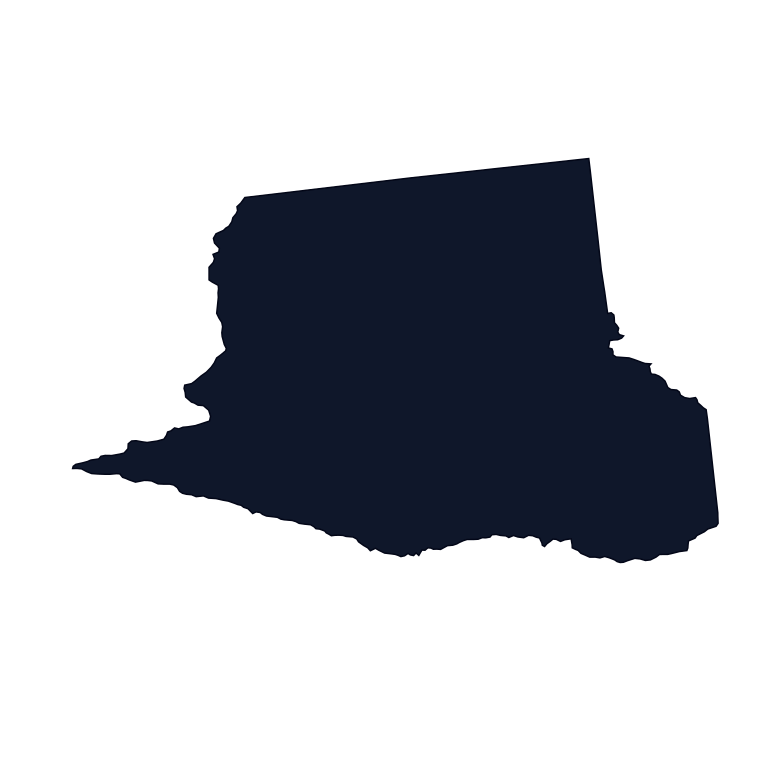 Parecis, Rondônia, Brazil, rotated 84°
{"feature_id": "56859067B9929029534731", "entity_name": "Parecis", "entity_type": "district", "adm_level": 2, "iso_a3": "BRA", "parent_name": "Brazil", "parent_adm1": "Rondônia", "projection": "equal_earth", "projection_center": [-61.327, -12.313], "detail": "fine", "context": "isolated", "style": "filled", "palette": "ink", "viewbox_px": 768, "rotation_deg": 84, "n_neighbors": 0, "source": "geoboundaries", "source_scale": "gbopen_adm2", "svg_char_len": 3829}
<svg xmlns="http://www.w3.org/2000/svg" viewBox="0 0 768 768"><g transform="rotate(84 384 384)"><path d="M547.0,65.5L452.2,66.0L443.2,66.3L441.0,69.0L438.3,71.3L435.5,73.9L432.3,74.4L430.1,75.6L430.4,81.5L429.0,86.4L426.1,90.3L422.7,91.2L420.6,93.5L419.5,99.2L417.2,102.1L410.5,104.2L407.3,106.9L404.9,109.7L402.8,113.5L402.1,117.1L399.4,117.9L396.7,117.9L393.9,118.6L391.9,116.4L390.9,122.2L389.7,124.9L387.2,129.9L385.7,133.0L383.7,137.5L382.4,144.8L381.4,150.4L378.9,153.3L375.8,152.9L372.9,153.6L371.6,157.1L368.4,156.1L364.5,155.0L364.2,151.2L364.4,146.9L363.2,142.9L361.2,140.7L359.5,144.8L356.8,146.1L353.0,144.8L350.1,146.3L347.1,148.4L342.1,148.1L339.4,148.2L336.9,150.6L337.2,154.2L315.5,154.9L310.0,155.2L293.2,156.0L262.3,156.1L194.2,156.6L181.2,156.8L181.5,246.9L181.8,334.4L184.0,502.9L189.2,507.6L192.3,511.7L196.3,511.5L199.2,513.2L202.8,516.9L206.8,518.4L211.0,521.9L212.4,525.0L214.5,527.6L217.0,535.3L221.3,538.4L226.1,537.8L231.8,533.5L235.5,534.5L237.2,540.5L241.7,539.4L245.2,541.0L249.6,545.8L252.8,546.1L262.2,547.1L264.8,544.0L266.5,541.5L268.5,538.6L272.0,538.6L276.0,539.5L280.5,539.7L290.1,541.7L296.2,543.0L301.2,541.2L305.8,538.9L310.1,538.5L316.0,539.9L319.8,540.0L328.0,538.7L332.1,537.1L334.5,538.0L338.3,543.7L340.6,547.7L345.3,550.6L349.4,554.2L353.7,559.4L356.9,565.1L361.5,571.8L363.5,575.3L364.3,582.3L367.5,583.3L371.5,582.6L376.2,582.6L381.8,577.4L383.1,574.6L385.6,571.2L386.6,565.9L391.7,561.1L398.0,559.8L402.6,561.4L405.7,575.9L406.1,583.7L406.0,588.5L407.2,592.8L405.8,596.9L408.4,600.9L409.1,604.2L412.3,605.7L415.9,608.7L417.0,615.5L417.2,620.5L417.4,625.7L416.3,630.3L414.5,636.5L414.3,640.9L416.7,644.6L421.6,645.4L425.5,649.7L426.1,654.0L426.4,658.0L426.7,662.2L425.9,668.8L426.3,673.0L428.7,675.5L429.0,683.5L430.1,686.9L430.9,691.8L431.7,698.9L433.4,701.7L435.5,702.5L435.9,698.0L436.8,693.6L440.0,688.9L442.5,684.1L443.6,677.8L444.5,671.5L445.1,665.8L445.2,659.4L445.7,656.2L449.5,653.7L450.9,650.6L452.8,647.3L455.6,641.4L455.3,638.0L454.8,632.6L455.2,629.3L456.1,625.2L459.7,619.1L460.6,613.2L461.2,607.5L462.4,603.8L465.5,600.3L469.4,598.5L471.6,595.8L473.0,592.0L474.0,586.9L476.4,582.6L476.4,575.3L479.1,570.5L479.6,567.6L480.4,563.0L482.7,556.2L484.2,551.0L487.2,544.7L488.6,542.0L489.7,538.7L491.9,536.5L493.8,532.3L499.1,528.1L497.8,524.6L498.9,520.5L500.9,518.5L503.0,514.7L505.4,504.0L507.6,500.7L508.6,497.4L510.1,489.6L511.7,485.9L513.7,483.0L515.0,477.9L516.3,471.7L518.6,468.6L520.8,466.8L521.6,463.1L524.0,458.3L526.0,457.0L527.5,454.7L529.4,452.2L529.3,449.1L529.6,444.8L530.3,440.6L531.6,437.7L532.9,430.9L535.3,427.3L538.3,425.8L542.4,421.2L545.2,417.3L548.4,415.0L546.5,409.7L548.8,406.5L552.2,401.1L553.6,394.8L554.6,390.7L555.9,387.8L557.4,385.3L557.0,381.5L555.0,377.8L556.7,375.7L557.7,372.5L555.4,369.8L558.1,367.3L556.0,365.8L553.1,363.6L553.6,360.6L551.5,357.5L552.1,354.4L553.5,352.2L553.7,348.8L554.4,345.0L551.4,337.8L551.5,332.4L550.6,328.3L549.5,325.8L548.1,321.5L547.3,317.7L548.0,310.5L548.2,306.5L547.1,302.4L547.6,298.9L547.3,294.6L545.2,292.5L545.3,288.2L546.8,283.8L547.8,278.6L549.7,275.9L548.2,271.1L550.1,266.9L551.5,261.1L549.6,256.1L550.4,252.0L552.2,248.7L553.4,245.4L555.8,244.6L558.5,243.6L560.9,243.4L562.4,241.3L559.9,238.7L557.7,234.9L555.9,232.2L556.5,228.9L559.0,224.9L557.8,220.5L557.5,214.1L563.6,213.7L566.6,213.9L568.5,210.8L569.8,208.3L573.0,205.8L575.2,201.8L577.7,197.5L578.2,192.1L579.5,187.4L578.6,182.5L580.2,178.5L581.6,175.7L583.1,172.9L585.0,170.7L586.2,167.8L586.3,164.5L585.2,160.5L583.6,152.8L584.7,147.6L586.8,142.5L586.8,137.5L584.6,131.6L582.3,127.8L583.1,119.6L582.7,116.1L582.1,111.8L581.5,107.7L581.4,103.6L581.3,100.2L578.9,99.0L575.5,98.4L571.9,97.6L569.8,90.8L567.4,88.7L564.4,80.8L562.1,77.2L560.2,68.6L557.5,66.3L550.2,65.8L547.0,65.5Z" fill="#0f172a" stroke="#020617" stroke-width="1.5"/></g></svg>